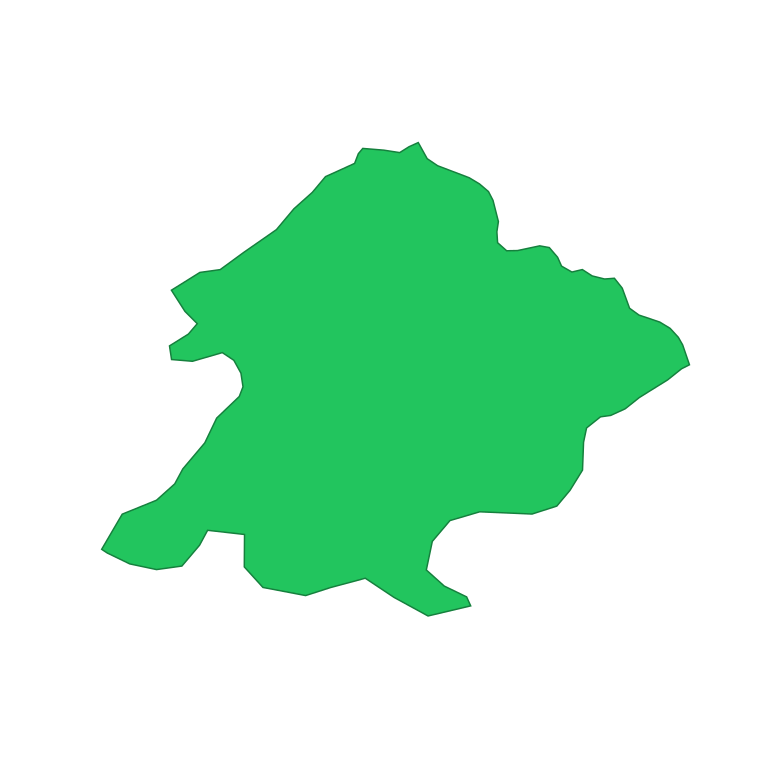 outline of Nyongbyon, P'yŏngan-bukto, North Korea, rotated 261°
{"feature_id": "82179303B72509498170942", "entity_name": "Nyongbyon", "entity_type": "district", "adm_level": 2, "iso_a3": "PRK", "parent_name": "North Korea", "parent_adm1": "P'yŏngan-bukto", "projection": "equal_earth", "projection_center": [125.784, 39.823], "detail": "fine", "context": "isolated", "style": "filled", "palette": "green", "viewbox_px": 768, "rotation_deg": 261, "n_neighbors": 0, "source": "geoboundaries", "source_scale": "gbopen_adm2", "svg_char_len": 1380}
<svg xmlns="http://www.w3.org/2000/svg" viewBox="0 0 768 768"><g transform="rotate(261 384 384)"><path d="M471.2,579.6L472.7,577.8L482.0,575.3L492.9,568.6L496.1,559.4L494.9,536.8L496.4,526.0L505.8,518.3L516.7,519.3L526.5,522.4L548.3,520.4L557.7,517.3L566.7,509.6L574.4,500.4L591.2,471.1L599.8,461.9L617.1,455.6L614.5,446.0L610.1,435.7L615.0,420.4L620.0,399.9L615.5,394.7L606.5,389.5L602.2,374.1L598.0,358.7L584.5,343.2L571.2,322.5L553.3,301.9L535.8,265.8L522.6,240.1L523.0,219.6L509.9,188.7L505.3,190.7L486.8,198.8L472.8,209.0L463.9,198.6L455.2,178.1L441.4,178.0L436.4,198.4L440.3,229.2L430.9,239.4L417.1,244.4L403.3,244.3L394.3,239.1L376.5,213.4L353.9,197.8L331.6,172.0L318.1,161.7L304.8,141.1L296.4,105.1L264.9,79.3L263.5,80.8L260.3,84.3L246.1,104.7L236.3,130.3L235.8,155.9L253.6,176.6L267.1,186.9L257.2,222.7L225.2,217.4L202.0,232.6L187.3,273.5L191.3,299.2L195.1,335.1L171.6,360.6L148.0,391.2L151.3,434.9L160.8,432.3L175.0,411.9L193.7,396.7L221.0,407.1L238.8,427.8L242.8,458.6L237.6,484.3L232.4,509.9L236.4,535.6L249.9,551.1L267.9,566.6L295.3,572.0L308.9,577.2L317.7,592.7L317.5,603.0L321.8,618.4L330.6,633.9L335.0,644.2L343.7,664.8L352.5,680.3L355.2,688.7L375.9,685.1L384.1,682.0L394.2,675.3L402.0,666.1L412.2,646.6L420.4,638.4L441.4,634.3L452.4,628.1L453.2,618.3L458.2,606.5L466.0,597.8L465.2,587.1L471.2,579.6Z" fill="#22c55e" stroke="#15803d" stroke-width="1.5"/></g></svg>